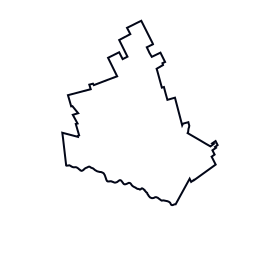 Banda, Santiago del Estero, Argentina, rotated 333°
{"feature_id": "61730980B71346119241334", "entity_name": "Banda", "entity_type": "district", "adm_level": 2, "iso_a3": "ARG", "parent_name": "Argentina", "parent_adm1": "Santiago del Estero", "projection": "robinson", "projection_center": [-64.338, -27.421], "detail": "fine", "context": "isolated", "style": "outline", "palette": "ink", "viewbox_px": 256, "rotation_deg": 333, "n_neighbors": 0, "source": "geoboundaries", "source_scale": "gbopen_adm2", "svg_char_len": 4234}
<svg xmlns="http://www.w3.org/2000/svg" viewBox="0 0 256 256"><g transform="rotate(333 128 128)"><path d="M90.8,170.1L91.0,170.3L91.2,170.5L91.5,170.7L91.9,170.9L92.3,171.0L92.9,171.1L93.7,171.2L94.4,171.1L94.8,171.0L95.4,170.9L96.0,170.8L96.6,170.7L97.1,170.8L97.6,171.1L98.0,171.7L98.1,172.1L98.2,172.5L98.3,172.9L98.4,173.5L98.4,174.0L98.6,174.6L98.6,175.0L98.7,175.5L98.9,176.1L99.2,176.4L99.5,176.7L99.8,176.8L100.2,177.0L100.8,177.1L101.3,177.1L101.9,177.2L102.6,177.2L103.1,177.2L103.7,177.2L104.1,177.4L104.5,177.7L104.8,178.0L105.1,178.6L105.2,179.0L105.3,179.8L105.4,180.3L105.4,180.8L105.5,181.1L105.7,181.5L105.8,181.9L106.1,182.4L106.3,182.7L106.5,183.1L106.9,183.6L107.1,183.8L107.3,184.2L107.7,184.6L107.8,185.0L108.1,185.4L108.3,185.9L108.7,186.3L109.0,186.7L109.5,187.0L109.8,187.1L110.1,187.4L110.4,188.0L110.7,188.3L111.2,188.3L111.8,188.3L112.3,188.1L112.7,188.0L113.2,188.2L113.5,188.6L113.9,189.2L114.1,189.6L114.2,190.1L114.3,190.4L114.4,190.7L114.6,190.8L114.6,191.1L114.6,191.4L114.6,191.7L114.7,192.1L114.8,192.3L114.9,192.6L115.0,192.9L115.0,193.1L115.0,193.4L115.1,193.7L115.3,193.9L115.4,194.1L115.5,194.3L115.6,194.7L115.5,195.0L115.4,195.4L115.4,195.8L115.4,196.2L115.5,196.4L115.6,196.6L115.6,196.9L115.6,197.1L115.6,197.3L115.6,197.9L115.7,198.3L115.9,198.9L116.0,199.2L116.0,199.6L116.2,199.9L116.5,200.3L116.8,200.7L117.2,201.1L117.5,201.4L118.2,201.7L118.8,201.9L119.3,202.0L120.0,202.0L120.7,202.0L121.5,202.3L121.9,202.6L122.3,203.1L122.8,203.6L123.1,204.2L123.3,204.8L123.8,205.6L124.1,206.3L124.6,207.3L125.0,207.9L125.2,208.1L125.8,208.2L126.4,208.5L126.9,208.7L127.4,209.1L127.8,209.5L128.4,209.9L129.2,210.6L129.5,210.8L129.9,211.1L130.3,211.6L130.8,212.1L131.1,212.7L131.4,213.2L131.6,213.7L131.6,214.1L131.6,214.7L131.6,215.2L131.6,215.6L131.6,215.9L131.8,216.2L132.2,216.7L132.7,216.9L133.1,217.0L133.9,217.1L134.1,217.1L134.7,217.1L135.3,217.3L135.8,217.6L159.9,201.2L159.8,204.7L163.0,204.2L163.0,204.5L189.5,200.4L189.5,191.5L193.1,191.0L193.1,186.2L197.4,185.6L197.0,184.4L200.1,183.9L200.1,181.9L200.1,179.4L196.2,179.9L197.2,181.1L193.1,181.8L190.2,177.4L186.8,172.0L184.1,167.8L178.8,159.6L179.7,158.9L181.6,156.1L182.1,155.6L182.6,155.2L183.7,153.7L183.9,152.4L184.4,150.2L178.9,149.1L177.5,150.2L183.6,122.3L175.9,120.8L177.2,114.3L178.6,107.8L176.5,107.4L180.0,90.5L180.4,88.2L187.8,87.8L188.1,85.9L191.0,86.0L191.1,75.6L181.5,75.4L181.2,70.5L181.3,68.8L181.4,64.6L188.3,64.7L188.4,64.1L188.5,38.5L183.6,38.4L178.7,38.4L172.6,38.3L172.7,45.4L160.1,45.6L160.1,45.8L159.9,64.2L154.5,64.2L154.5,56.5L142.1,56.4L142.1,56.5L141.8,77.0L131.1,75.8L117.0,74.3L116.9,72.6L113.2,71.8L112.4,76.5L89.4,71.5L88.4,76.8L87.2,82.9L88.4,83.3L90.3,92.2L84.8,91.2L85.1,101.1L83.3,100.7L81.1,112.4L79.3,112.3L79.2,113.0L67.3,102.4L65.0,108.9L64.9,109.1L55.9,133.3L56.1,133.6L56.4,133.8L56.7,133.9L57.3,134.1L57.7,134.3L58.1,134.4L58.5,134.5L58.8,134.6L59.1,135.0L59.4,135.4L59.7,135.7L59.8,136.1L60.1,136.6L60.2,136.8L60.5,137.1L60.8,137.4L61.0,137.7L61.5,138.2L61.9,138.4L62.5,138.7L63.0,138.9L63.3,139.0L63.8,139.3L64.1,139.6L64.5,140.1L64.8,140.5L65.0,140.9L65.4,141.7L65.6,142.4L65.9,142.9L66.2,143.5L66.3,144.1L66.6,144.4L66.7,144.6L67.2,145.1L67.5,145.2L68.2,145.2L68.8,145.2L69.4,145.1L70.0,144.9L70.4,144.7L71.0,144.6L71.6,144.5L72.7,144.5L73.4,144.6L73.9,144.6L74.5,144.6L75.2,144.6L75.6,144.7L76.2,145.0L76.6,145.7L76.9,146.2L77.2,146.8L77.6,147.1L78.0,147.6L78.5,148.1L78.7,148.6L79.0,149.2L79.2,149.8L79.5,150.5L79.9,151.1L80.3,151.7L80.6,152.2L81.0,152.7L81.7,153.3L82.0,153.6L82.4,153.9L82.7,154.2L83.1,154.5L83.5,154.7L83.8,154.9L84.1,155.1L84.3,155.3L84.4,155.5L84.7,155.8L85.0,156.1L85.2,156.4L85.5,156.9L85.6,157.2L85.8,157.5L85.8,158.1L85.8,158.6L85.9,159.1L85.9,159.4L85.8,160.0L85.8,160.4L85.7,161.1L85.6,161.4L85.6,161.9L85.5,162.3L85.5,162.6L85.4,163.0L85.4,163.5L85.2,163.9L85.2,164.2L85.2,164.5L85.2,164.8L85.3,165.1L85.2,165.5L85.3,165.7L85.4,166.0L85.6,166.2L85.8,166.5L86.0,166.6L86.3,166.7L86.7,167.0L86.9,167.1L87.2,167.1L87.5,167.2L87.7,167.3L88.1,167.4L88.4,167.6L88.7,167.7L88.8,168.0L89.0,168.1L89.2,168.3L89.4,168.5L89.6,168.6L89.7,168.8L89.9,169.0L90.0,169.2L90.2,169.4L90.4,169.5L90.6,169.8L90.8,170.1Z" fill="none" stroke="#020617" stroke-width="2"/></g></svg>